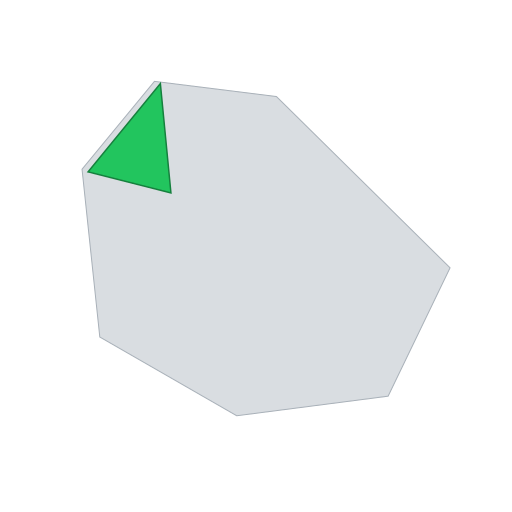 Nauru, with Anabar highlighted, rotated 285°
{"feature_id": "NRU-4979", "entity_name": "Anabar", "entity_type": "state/province", "adm_level": 1, "iso_a3": "NRU", "parent_name": "Nauru", "parent_adm1": "", "projection": "orthographic", "projection_center": [166.943, -0.497], "detail": "fine", "context": "in_parent", "style": "filled", "palette": "green", "viewbox_px": 512, "rotation_deg": 285, "n_neighbors": 0, "source": "natural_earth", "source_scale": "10m", "svg_char_len": 373}
<svg xmlns="http://www.w3.org/2000/svg" viewBox="0 0 512 512"><g transform="rotate(285 256 256)"><path d="M415.3,234.5L294.8,446.5L154.8,419.9L96.7,278.7L137.3,126.1L294.8,65.5L398.4,112.7L415.3,234.5Z" fill="#d9dde1" stroke="#a8b0b8" stroke-width="1"/><path d="M293.8,72.0L397.8,119.0L294.9,157.5L293.8,72.0Z" fill="#22c55e" stroke="#15803d" stroke-width="1.5"/></g></svg>